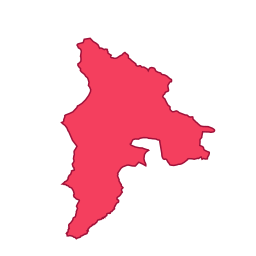 the district of Lundazi, Eastern, Zambia, rotated 257°
{"feature_id": "96606910B63463932820005", "entity_name": "Lundazi", "entity_type": "district", "adm_level": 2, "iso_a3": "ZMB", "parent_name": "Zambia", "parent_adm1": "Eastern", "projection": "natural_earth1", "projection_center": [33.083, -12.415], "detail": "fine", "context": "isolated", "style": "filled", "palette": "rose", "viewbox_px": 256, "rotation_deg": 257, "n_neighbors": 0, "source": "geoboundaries", "source_scale": "gbopen_adm2", "svg_char_len": 5650}
<svg xmlns="http://www.w3.org/2000/svg" viewBox="0 0 256 256"><g transform="rotate(257 128 128)"><path d="M32.0,52.5L31.7,52.9L32.2,53.9L32.3,55.2L32.2,55.4L32.4,56.3L32.4,57.0L32.5,57.2L33.2,57.5L33.4,59.3L33.6,59.7L33.8,60.7L34.3,61.6L34.1,61.9L34.1,62.4L34.4,63.3L34.3,63.7L34.5,63.8L34.4,64.1L35.1,64.9L36.2,65.1L36.5,65.9L36.9,65.5L36.9,66.1L37.8,65.9L38.3,66.2L38.5,66.7L39.1,67.0L39.4,67.8L40.0,68.3L40.8,70.6L41.3,70.9L41.3,71.5L41.7,71.8L41.6,72.2L41.9,72.3L41.7,73.0L41.9,73.1L41.9,73.9L42.5,74.9L42.8,75.1L43.0,76.1L44.4,77.2L45.2,78.2L45.1,78.6L45.3,79.3L45.1,79.4L45.2,79.6L45.0,81.2L45.8,82.3L45.6,82.4L45.8,82.9L45.7,83.0L46.2,83.3L45.8,83.8L46.1,83.9L46.4,84.4L46.5,84.9L46.3,85.2L46.7,85.2L47.4,87.4L47.8,87.6L48.0,87.9L48.7,87.9L49.2,88.2L49.3,88.5L49.3,90.3L49.0,90.5L49.0,91.5L49.5,91.5L50.2,92.4L50.3,93.5L51.4,94.7L51.4,95.1L52.3,96.7L53.0,96.4L53.9,97.0L55.0,97.7L55.0,98.1L55.6,98.4L56.8,99.5L57.6,100.7L57.7,101.7L58.0,102.1L59.1,102.5L59.8,102.5L60.4,101.9L60.7,101.5L61.0,101.5L61.2,101.3L61.8,101.4L62.8,101.9L63.8,104.5L65.1,106.2L66.2,106.9L66.4,107.7L66.8,108.0L68.6,107.6L69.4,107.8L70.0,108.1L70.7,109.4L71.1,109.7L72.8,108.5L74.7,108.7L75.4,108.1L77.0,107.9L77.6,107.5L78.8,107.4L79.5,107.7L83.7,107.0L85.3,107.9L86.2,107.7L90.3,112.0L91.3,114.0L92.0,118.7L91.7,120.3L90.1,123.6L89.3,126.4L89.4,126.7L92.2,130.8L89.6,134.2L87.2,136.8L87.9,137.1L89.6,137.1L91.4,136.6L93.7,136.6L94.2,136.5L98.5,138.1L100.5,140.2L101.4,142.4L101.6,143.1L102.3,142.6L102.4,142.0L104.5,138.5L105.3,137.5L106.0,134.9L107.9,130.8L110.3,127.5L111.9,126.2L111.6,126.6L111.7,126.9L112.3,126.9L112.3,127.5L112.5,127.8L113.5,128.3L115.4,130.0L115.7,131.5L115.6,132.0L115.7,132.5L114.8,135.8L115.3,137.5L115.2,140.6L114.3,144.4L113.3,145.9L112.7,147.9L111.8,150.1L111.7,150.9L111.6,151.0L110.9,152.9L109.9,154.1L109.3,155.6L108.3,156.1L107.5,155.9L95.8,155.2L93.1,154.8L91.1,155.0L89.9,155.5L89.3,156.4L89.4,157.3L89.0,158.0L88.3,158.6L86.0,159.2L84.0,160.2L82.9,160.4L82.2,161.4L81.2,164.2L81.1,167.4L81.3,168.8L81.0,170.6L81.1,172.3L81.9,174.9L83.7,178.8L83.9,178.7L84.4,179.4L84.5,180.1L83.6,183.5L82.7,185.5L82.8,189.0L82.4,189.8L83.3,192.1L83.3,192.7L80.9,193.1L81.3,194.7L80.4,196.3L80.1,198.4L81.6,198.9L83.4,200.6L84.8,201.4L86.0,201.7L86.6,201.1L86.9,200.4L89.4,197.4L90.3,197.1L91.9,197.1L92.5,196.9L93.3,196.2L94.9,194.0L98.4,195.1L100.2,195.4L100.9,195.9L102.2,197.7L103.2,198.0L107.5,199.9L105.9,206.1L105.2,207.7L105.0,210.2L105.3,211.1L105.9,211.7L106.7,211.8L107.5,211.3L108.8,210.1L111.3,206.4L112.6,201.4L113.7,199.1L115.8,197.5L118.0,196.1L118.9,195.2L120.5,194.5L121.0,193.9L121.5,193.6L122.2,193.4L124.1,193.6L124.4,193.2L124.6,191.5L125.2,190.0L127.0,188.7L127.3,188.3L127.8,186.7L130.7,182.4L131.6,181.1L132.8,180.3L133.6,179.3L133.8,178.8L133.6,176.5L133.8,175.1L134.3,174.5L135.5,173.7L136.2,173.3L137.2,173.2L139.2,173.7L141.5,172.0L145.3,171.0L148.2,170.4L149.7,169.2L150.7,168.9L152.2,169.9L153.1,171.6L154.0,172.0L154.5,172.9L154.9,175.4L155.2,175.8L156.2,176.1L160.1,176.2L160.8,176.6L163.1,178.8L163.6,180.2L163.4,180.7L164.2,181.1L165.5,181.2L166.7,179.8L169.7,177.7L171.4,175.7L172.7,172.8L173.9,172.4L174.4,172.0L175.6,169.7L177.0,168.2L177.8,167.7L179.0,167.6L179.9,167.3L180.6,166.7L181.6,164.7L181.6,163.0L180.9,161.9L179.2,160.6L180.6,160.2L181.5,159.7L183.8,157.2L184.2,155.1L185.8,154.2L186.1,153.4L185.9,151.6L186.3,150.9L187.2,150.1L187.8,149.8L188.3,150.1L188.9,149.9L193.1,146.5L193.8,146.1L194.2,146.0L196.1,144.2L198.4,144.6L198.9,144.3L199.6,144.2L200.7,143.0L202.3,142.0L202.2,141.4L201.5,139.9L200.6,138.8L200.0,136.2L199.0,133.7L198.7,132.6L198.7,131.5L199.1,130.0L199.2,129.6L199.8,129.2L200.0,128.2L200.3,127.6L200.9,127.1L201.9,127.3L202.7,128.0L204.0,126.6L205.5,125.4L205.9,125.3L206.9,125.6L208.4,125.2L208.9,125.5L209.4,125.3L210.0,123.4L209.7,122.7L210.0,122.1L211.4,120.7L212.1,119.3L212.0,118.3L215.8,117.5L217.6,116.1L220.1,113.5L223.9,111.3L224.3,105.3L221.7,103.8L221.3,103.3L221.2,98.7L221.0,97.7L220.4,97.1L219.9,97.0L219.1,97.4L217.3,97.7L215.5,99.5L213.8,99.8L212.8,99.6L208.6,97.9L208.5,98.1L205.7,97.7L203.7,97.1L202.4,95.5L201.7,93.6L200.2,93.3L197.7,94.3L196.9,95.0L196.3,95.1L194.8,94.5L193.1,95.3L189.9,97.8L187.9,98.4L186.1,99.8L184.4,100.1L181.3,100.3L178.3,99.0L176.7,99.8L173.8,100.3L171.8,99.6L168.5,97.0L167.1,95.4L165.0,93.0L162.4,88.8L160.9,84.7L160.9,83.8L159.3,82.7L156.1,77.9L155.3,74.3L154.7,70.0L154.3,69.2L153.1,69.0L150.8,67.4L149.2,66.9L148.8,66.5L148.4,65.6L148.3,64.5L147.2,65.1L144.7,67.2L141.8,68.5L138.7,69.0L137.6,69.5L128.4,71.2L121.7,74.2L119.1,71.9L118.2,70.8L117.1,70.1L114.0,69.7L113.2,69.1L110.2,67.9L108.8,68.1L107.5,67.8L106.0,66.3L105.7,65.8L105.3,65.6L102.6,65.7L101.6,66.4L100.5,66.2L99.8,66.4L99.6,66.2L99.1,66.2L98.9,65.4L99.1,64.7L98.9,63.3L98.2,63.2L97.4,62.8L96.9,62.3L96.2,62.1L96.0,61.7L95.5,61.3L95.2,60.3L94.6,59.6L94.2,59.4L93.9,59.0L93.4,58.9L92.8,58.3L92.4,58.5L91.2,57.6L91.0,57.1L90.4,56.5L90.2,56.0L89.8,54.2L89.3,53.7L88.2,51.5L87.9,52.5L87.3,53.0L87.3,53.7L87.0,54.5L86.4,55.2L86.1,55.1L85.5,55.9L85.2,56.7L83.5,57.7L83.4,58.0L82.2,59.6L79.2,60.6L78.1,60.7L75.6,60.7L75.1,60.0L74.1,59.8L73.3,60.0L73.1,59.9L71.7,61.0L70.5,61.7L69.0,64.0L68.4,64.3L67.4,63.7L65.9,62.2L63.4,60.2L62.7,60.3L62.2,60.6L60.9,60.7L58.2,58.8L57.3,58.7L55.1,57.5L54.4,57.4L53.8,56.9L53.2,56.5L53.1,55.7L52.7,54.5L51.6,53.8L51.3,53.8L50.6,53.3L48.4,50.7L47.6,49.2L47.0,48.6L46.7,48.4L43.6,48.0L43.6,47.8L43.1,48.0L42.4,46.8L41.1,46.5L39.9,45.8L40.0,45.4L39.5,45.2L39.6,44.9L39.3,44.8L39.1,44.2L37.8,44.7L36.6,44.5L36.3,45.6L36.3,47.1L35.2,49.4L34.7,50.0L33.7,50.8L33.2,52.1L32.0,52.5Z" fill="#f43f5e" stroke="#9f1239" stroke-width="1.5"/></g></svg>